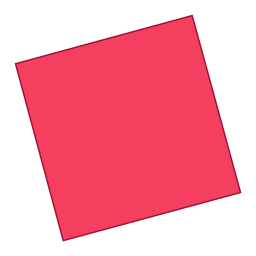 outline of Dickens, Texas, United States of America, rotated 75°
{"feature_id": "52423323B72793142672199", "entity_name": "Dickens", "entity_type": "district", "adm_level": 2, "iso_a3": "USA", "parent_name": "United States of America", "parent_adm1": "Texas", "projection": "robinson", "projection_center": [-100.831, 33.616], "detail": "fine", "context": "isolated", "style": "filled", "palette": "rose", "viewbox_px": 256, "rotation_deg": 75, "n_neighbors": 0, "source": "geoboundaries", "source_scale": "gbopen_adm2", "svg_char_len": 224}
<svg xmlns="http://www.w3.org/2000/svg" viewBox="0 0 256 256"><g transform="rotate(75 128 128)"><path d="M36.0,36.9L36.8,220.0L220.0,219.7L219.4,36.0L36.0,36.9Z" fill="#f43f5e" stroke="#9f1239" stroke-width="1.5"/></g></svg>